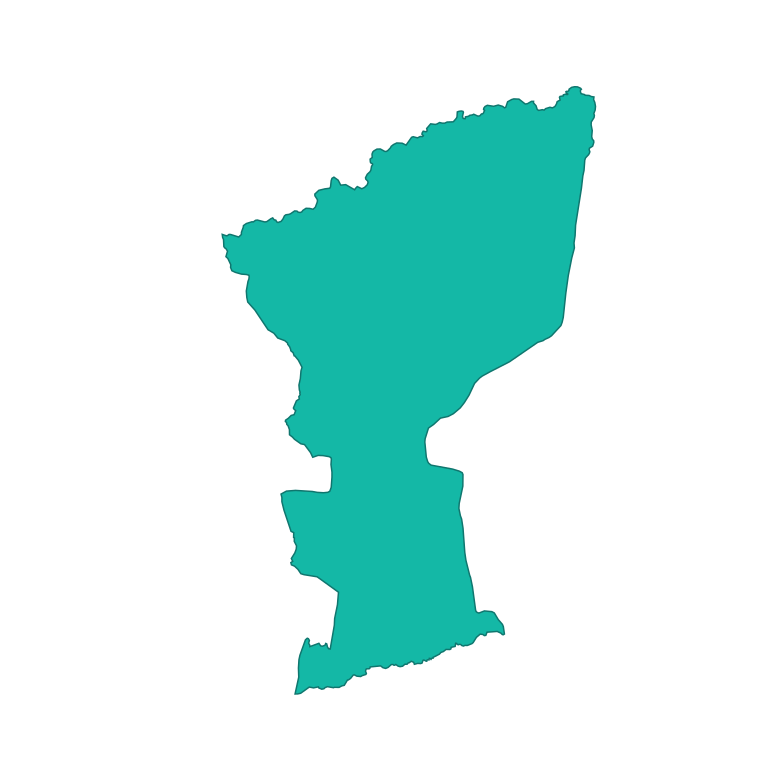 outline of Ruangwa, Lindi, United Republic of Tanzania, rotated 7°
{"feature_id": "72390352B35310074637090", "entity_name": "Ruangwa", "entity_type": "district", "adm_level": 2, "iso_a3": "TZA", "parent_name": "United Republic of Tanzania", "parent_adm1": "Lindi", "projection": "albers", "projection_center": [38.983, -10.09], "detail": "fine", "context": "isolated", "style": "filled", "palette": "teal", "viewbox_px": 768, "rotation_deg": 7, "n_neighbors": 0, "source": "geoboundaries", "source_scale": "gbopen_adm2", "svg_char_len": 6104}
<svg xmlns="http://www.w3.org/2000/svg" viewBox="0 0 768 768"><g transform="rotate(7 384 384)"><path d="M205.2,255.2L206.0,258.3L207.1,260.1L208.3,267.1L209.3,268.3L210.5,268.8L212.5,271.2L211.6,276.9L213.7,278.4L217.4,284.3L217.5,287.0L219.2,290.1L222.8,291.3L229.1,292.3L234.2,292.1L236.6,292.5L237.1,293.8L237.1,296.2L236.5,298.8L236.0,308.5L237.3,314.9L238.8,319.3L246.8,326.3L262.3,344.3L268.5,347.0L272.9,351.3L280.3,353.1L283.3,355.1L283.6,356.3L285.8,358.6L287.0,360.8L287.5,362.4L290.0,364.0L291.4,367.0L292.2,367.1L296.1,370.8L300.6,377.4L300.0,381.1L300.3,388.9L299.7,395.4L300.7,400.2L301.8,402.5L301.5,403.2L302.1,404.7L301.0,407.0L301.8,409.1L299.1,411.4L297.3,417.8L297.0,418.9L297.8,420.0L299.6,421.2L298.5,425.4L295.7,426.5L293.2,429.7L290.7,431.9L290.7,433.3L291.9,434.0L292.5,436.0L293.8,437.0L295.7,440.8L296.4,445.9L299.6,447.8L301.9,449.8L308.8,453.5L312.5,453.8L319.4,461.0L322.2,465.4L327.3,462.9L332.2,462.5L338.5,462.8L340.2,463.5L340.9,464.8L341.2,470.4L343.1,477.8L343.7,482.8L344.2,493.0L343.3,497.0L341.6,498.3L337.2,499.3L330.9,499.7L325.9,499.4L309.1,500.4L300.2,502.2L295.2,505.8L296.5,509.1L297.0,513.3L300.1,521.4L309.7,541.6L312.5,542.5L313.0,547.4L313.8,547.6L314.1,551.1L316.9,555.3L317.0,558.6L316.1,562.5L313.3,568.5L315.0,571.2L313.3,572.6L314.2,574.8L317.4,575.7L321.1,578.4L324.6,582.4L327.8,583.0L341.1,583.5L364.2,596.2L364.7,608.7L363.6,622.8L364.1,629.4L362.9,653.6L361.3,653.5L360.0,652.0L358.8,648.9L357.8,648.6L357.2,650.6L354.7,651.8L353.0,651.6L351.0,649.3L342.4,653.7L342.1,652.2L340.8,650.5L341.2,647.6L340.0,646.0L338.8,645.7L337.2,647.5L333.6,663.5L333.2,668.0L333.7,676.4L335.1,685.3L333.5,702.5L336.2,702.1L339.0,701.1L346.8,693.9L351.1,694.2L355.8,692.6L356.3,693.6L359.4,694.5L361.5,693.8L362.4,692.6L364.7,691.3L370.9,691.6L371.7,691.1L376.4,690.6L378.9,688.8L381.3,687.9L383.8,682.3L384.7,682.1L386.7,680.3L388.9,676.7L389.9,676.3L392.7,677.3L396.5,677.2L397.9,676.1L401.4,674.5L401.8,673.5L400.7,671.4L400.8,669.9L401.2,668.9L404.1,668.4L404.6,667.8L404.8,666.5L415.0,664.2L417.5,665.7L420.3,666.1L422.6,664.8L425.4,661.6L427.2,661.3L428.0,661.9L429.0,661.8L429.9,660.9L432.3,662.3L434.4,662.6L436.9,661.8L438.9,659.6L441.1,659.3L442.1,657.8L443.0,657.6L444.8,655.9L447.4,656.6L448.3,658.5L451.5,657.2L454.5,657.0L455.8,656.3L456.4,653.5L457.2,653.1L459.7,654.0L460.3,653.8L460.3,652.9L460.9,652.4L462.3,652.4L462.4,650.8L463.3,650.8L464.2,651.6L464.9,650.4L466.2,650.0L466.0,649.4L471.9,645.4L473.2,643.5L475.6,642.3L477.9,639.9L481.7,639.5L482.7,638.7L482.7,637.2L486.6,635.8L486.7,632.6L487.7,632.6L488.3,633.4L489.4,633.8L490.4,633.2L491.9,633.2L493.1,634.1L494.8,634.4L496.2,633.6L498.7,633.3L502.9,631.0L504.0,629.8L506.6,624.2L510.0,620.5L512.9,620.6L514.2,621.5L515.7,621.1L516.5,617.8L526.5,615.8L530.3,617.0L532.0,618.3L533.1,618.3L534.0,617.5L532.0,610.2L530.8,608.1L526.1,603.9L521.4,597.8L518.8,596.8L511.3,597.0L506.1,599.8L504.1,599.3L503.0,598.4L502.4,597.0L496.5,574.5L493.4,565.3L492.3,563.3L486.8,549.0L484.7,541.3L480.0,517.5L477.5,508.6L475.9,505.5L473.5,498.4L473.2,493.4L474.7,475.8L473.4,464.2L472.4,462.5L469.4,461.3L462.5,460.1L440.7,458.8L438.1,457.3L436.8,455.7L434.9,451.4L431.6,436.6L431.5,433.3L433.5,422.3L438.2,418.1L444.2,411.0L451.6,408.4L456.5,405.0L462.6,398.4L466.0,392.7L469.8,384.6L473.8,372.4L478.1,366.5L480.6,364.1L488.1,358.7L505.9,346.6L531.5,323.9L536.6,321.6L538.4,320.0L542.0,317.8L544.4,315.7L552.5,304.4L553.3,301.0L553.8,296.1L553.4,271.5L553.7,253.8L555.0,236.0L556.4,225.7L555.4,220.9L555.6,213.6L554.8,203.0L556.1,165.7L556.0,153.2L556.5,147.6L556.0,137.3L556.5,135.0L559.2,131.3L559.8,129.6L560.0,128.4L559.0,126.3L559.2,124.9L562.1,122.5L562.8,118.7L562.5,117.0L560.9,115.5L560.0,113.1L559.8,107.1L558.0,101.5L557.8,98.7L560.0,94.0L560.1,91.8L559.3,90.0L560.2,86.3L560.1,82.7L558.9,78.8L557.4,76.2L557.4,73.5L554.7,73.4L552.4,72.6L548.4,72.9L547.9,72.3L544.2,71.8L543.3,69.8L543.2,68.4L544.0,67.4L543.1,66.5L539.9,65.5L537.0,65.7L534.1,66.7L531.8,68.8L531.7,70.3L530.9,71.1L529.4,71.3L528.9,71.8L529.5,72.8L530.9,73.4L531.0,74.2L530.3,74.5L529.2,74.1L526.8,75.1L526.8,76.2L523.7,77.1L523.2,78.0L524.2,80.7L521.5,82.6L521.0,85.2L519.8,87.8L517.5,89.4L515.0,89.1L510.8,91.0L509.6,92.6L507.8,92.4L504.2,93.6L502.6,92.8L501.0,89.3L498.1,86.8L498.0,85.2L495.9,85.5L492.2,88.3L490.1,88.9L483.3,84.8L478.1,85.2L476.0,86.1L472.3,88.8L471.1,94.5L469.9,95.2L468.0,94.0L463.4,93.2L459.0,95.0L452.6,94.8L450.5,96.2L449.4,98.1L449.4,99.5L450.5,100.1L449.6,103.1L449.0,103.8L447.8,104.1L446.5,106.1L444.6,106.7L440.2,105.3L438.8,106.2L436.3,106.9L435.2,108.0L432.3,108.9L432.3,110.7L431.0,110.9L430.0,110.5L429.3,108.9L429.7,104.6L429.2,103.8L427.5,103.6L425.2,104.2L423.6,105.0L423.9,110.0L423.4,111.5L421.1,114.9L420.5,115.4L414.7,116.3L412.5,117.7L410.0,118.0L407.3,117.7L405.0,119.4L403.4,120.1L398.6,120.1L395.2,125.2L395.9,126.8L395.6,128.2L394.7,128.5L392.1,128.3L391.2,130.4L391.3,131.7L392.8,132.6L392.6,133.2L391.9,133.8L389.8,133.9L387.3,135.6L382.8,135.0L381.3,135.8L376.8,144.2L372.7,142.8L367.3,143.2L364.2,145.2L362.2,147.2L361.5,149.0L359.2,152.0L357.7,153.0L356.3,153.0L351.8,151.2L348.4,151.7L345.6,153.8L344.6,155.1L344.1,157.3L344.7,160.6L342.8,162.5L343.4,165.4L344.0,166.2L345.7,166.8L346.0,167.7L345.1,169.4L344.9,173.3L344.3,174.9L341.8,177.9L340.5,181.5L340.9,182.8L343.1,184.6L343.6,185.9L343.1,188.3L340.7,191.3L338.2,192.9L333.4,191.3L331.8,193.4L331.2,194.8L321.7,190.8L316.8,191.9L313.7,187.3L309.1,184.8L307.3,186.2L306.8,188.6L306.9,194.8L306.3,196.3L301.6,197.5L295.7,199.7L292.2,203.9L292.5,205.6L295.5,209.3L295.6,211.5L294.3,216.9L292.3,219.2L288.9,218.8L285.2,219.1L282.3,221.6L281.4,223.2L279.9,224.0L277.8,223.9L276.6,223.0L274.2,223.1L270.5,226.4L269.0,227.2L266.0,228.0L264.7,229.2L263.6,232.5L262.1,235.1L259.1,236.6L257.7,236.1L256.6,234.5L255.3,234.5L254.5,234.0L253.3,232.7L251.5,233.8L247.9,237.1L246.0,237.7L238.3,236.7L236.5,237.2L234.6,239.0L233.1,239.1L227.8,241.5L225.2,243.9L225.2,245.6L224.0,250.7L224.2,253.0L221.9,255.8L213.6,254.3L212.0,254.4L210.5,255.8L209.4,256.1L205.2,255.2Z" fill="#14b8a6" stroke="#0f766e" stroke-width="1.5"/></g></svg>